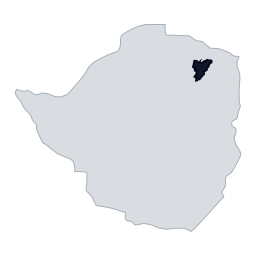 Shamva, Mashonaland Central, Zimbabwe (highlighted)
{"feature_id": "62879985B93379184763454", "entity_name": "Shamva", "entity_type": "district", "adm_level": 2, "iso_a3": "ZWE", "parent_name": "Zimbabwe", "parent_adm1": "Mashonaland Central", "projection": "mercator", "projection_center": [31.712, -17.164], "detail": "fine", "context": "in_parent", "style": "filled", "palette": "ink", "viewbox_px": 256, "rotation_deg": 0, "n_neighbors": 0, "source": "geoboundaries", "source_scale": "gbopen_adm2", "svg_char_len": 5081}
<svg xmlns="http://www.w3.org/2000/svg" viewBox="0 0 256 256"><path d="M190.9,231.5L188.3,229.8L184.7,228.6L180.1,228.1L174.2,228.3L166.9,229.3L159.1,228.1L150.8,224.7L143.9,223.5L135.6,225.0L135.2,225.0L133.8,223.9L131.5,221.5L127.8,221.0L126.7,220.5L125.9,219.6L125.3,218.4L125.1,217.1L125.7,213.1L125.4,212.6L124.4,212.2L122.3,211.7L117.4,209.9L111.1,208.1L101.0,206.2L97.0,205.7L96.1,205.1L95.0,203.6L93.0,199.0L91.2,196.0L86.8,191.3L86.1,189.9L86.4,186.2L86.7,183.2L87.2,180.6L86.9,178.3L86.9,175.3L87.0,173.3L86.4,172.5L84.8,171.9L80.3,171.6L74.9,171.7L74.7,168.7L74.2,164.1L73.2,161.5L71.9,160.1L69.4,158.6L64.4,156.7L57.5,153.7L51.6,149.2L44.8,143.7L42.7,142.8L40.2,137.6L36.4,128.8L36.6,125.8L36.1,124.4L32.4,120.0L31.6,117.8L30.9,115.5L25.0,109.2L23.0,106.4L21.5,102.9L20.0,100.1L18.7,98.9L17.1,97.0L15.9,94.8L15.4,93.2L15.8,91.0L16.4,89.5L22.0,91.0L25.0,91.2L27.4,90.4L30.3,91.4L33.9,94.3L37.7,94.8L41.9,93.0L47.5,93.6L54.5,96.4L60.4,97.0L67.4,94.5L73.6,87.5L79.4,80.9L85.2,73.3L88.7,67.2L93.8,62.2L100.5,58.4L107.3,55.2L117.7,51.2L119.8,48.0L120.5,44.4L120.5,39.5L121.1,36.3L122.1,34.8L123.9,33.7L126.1,32.2L133.0,28.5L138.8,26.1L145.8,24.5L153.5,24.5L160.9,24.5L165.1,24.5L165.1,29.2L165.5,34.5L166.3,35.0L171.8,35.2L180.8,35.5L189.4,35.9L194.9,39.8L196.7,40.6L202.5,41.6L209.8,48.1L218.5,48.7L224.6,50.7L229.9,53.0L233.0,55.6L235.0,56.2L237.6,56.4L238.9,56.7L238.6,58.6L236.9,61.9L237.1,66.5L239.6,73.0L239.9,78.6L239.1,88.6L239.2,98.3L239.4,101.7L239.8,104.0L240.3,105.3L240.2,106.7L238.8,110.7L237.6,115.0L237.6,116.7L237.1,118.0L236.2,119.0L232.4,121.0L231.7,122.2L231.8,124.4L232.2,126.3L233.7,127.0L235.4,128.1L236.1,129.5L236.1,130.9L235.6,133.7L234.0,138.2L235.5,143.4L237.3,146.7L239.7,150.7L240.6,153.1L240.6,154.8L240.2,156.5L236.7,163.7L234.1,168.1L231.0,172.9L226.8,175.9L225.8,177.3L225.3,179.0L225.5,182.6L225.3,186.3L221.7,192.1L223.9,197.1L223.4,197.5L222.2,198.3L217.1,203.9L212.0,209.6L208.2,213.7L203.9,218.5L199.1,223.8L195.0,228.3L190.9,231.5Z" fill="#d9dde1" stroke="#a8b0b8" stroke-width="1"/><path d="M197.3,80.5L197.3,80.4L197.4,80.2L197.6,80.1L197.8,80.0L197.8,79.7L198.0,79.6L198.3,79.6L198.5,79.5L198.9,79.5L198.9,79.3L199.0,79.3L199.3,79.3L199.5,79.3L199.5,79.1L199.8,79.1L200.0,78.9L200.2,78.7L200.3,78.6L200.6,78.5L200.5,78.3L200.4,78.2L200.6,77.8L200.7,77.7L200.9,77.5L201.0,77.3L201.1,77.1L201.3,77.1L201.5,76.8L201.6,76.7L201.8,76.6L202.0,76.6L202.3,76.4L202.4,76.2L202.5,76.0L202.5,75.9L202.6,75.7L202.8,75.6L202.9,75.4L203.0,75.3L203.3,75.1L203.4,74.9L203.5,74.9L203.9,74.5L204.1,74.3L204.3,74.1L204.4,73.8L204.3,73.6L204.2,73.5L204.2,73.4L204.2,73.2L204.1,72.9L204.0,72.5L203.9,72.4L203.6,72.1L203.5,71.9L203.6,71.7L203.8,71.4L204.0,71.3L204.3,71.4L204.5,71.4L204.6,71.1L204.8,71.0L205.1,71.0L205.3,71.0L205.4,70.8L205.7,70.8L205.7,70.7L205.8,70.6L206.0,70.5L206.6,70.2L206.9,70.1L207.0,70.0L207.1,69.9L206.9,69.7L206.7,69.6L206.7,69.4L206.7,69.1L206.8,69.0L207.1,68.5L207.2,68.4L207.3,68.2L207.2,67.9L207.3,67.9L207.7,67.5L207.8,67.5L208.1,67.3L208.2,67.2L208.3,67.1L208.5,67.0L208.9,66.6L208.9,66.4L208.8,66.1L208.7,66.0L208.4,66.0L208.4,65.9L208.5,65.7L208.4,65.5L208.5,65.4L208.8,65.4L209.0,65.4L209.0,65.2L209.0,64.8L209.0,64.7L208.9,64.6L209.0,64.5L209.2,64.4L209.3,64.3L209.5,64.3L209.6,64.2L209.8,64.1L209.9,63.7L209.9,63.4L210.1,63.0L210.2,62.9L210.4,62.8L210.6,63.0L210.9,63.0L211.1,62.9L211.3,62.8L211.4,62.7L211.5,62.7L211.6,62.4L211.8,62.1L211.7,61.9L211.6,61.7L211.6,61.2L211.6,60.8L211.7,60.6L211.5,60.4L211.4,60.5L211.3,60.4L211.2,60.4L210.9,60.4L210.7,60.5L210.5,60.4L210.4,60.3L210.1,60.3L209.9,60.2L209.4,60.2L209.2,60.1L208.9,60.1L208.7,60.2L208.4,60.2L208.2,60.1L207.8,59.9L207.8,60.0L207.7,60.1L207.4,60.0L206.9,60.3L206.7,60.4L206.5,60.2L206.4,60.1L206.2,60.4L206.0,60.5L205.9,60.6L205.7,60.7L205.6,60.8L205.4,60.8L205.2,61.2L205.1,60.9L204.9,60.9L204.8,61.0L204.6,61.0L204.6,60.9L204.4,60.9L204.4,61.0L204.4,61.3L204.3,61.5L204.2,61.7L204.0,61.8L203.9,61.8L203.7,61.7L203.7,61.8L203.4,61.9L203.3,62.0L203.2,61.9L203.1,62.0L202.9,62.1L202.9,62.3L202.7,62.3L202.6,62.5L202.4,62.7L202.2,62.5L201.9,62.6L201.7,62.7L201.4,62.7L201.2,62.7L200.5,63.0L199.7,62.6L200.3,61.0L199.0,62.1L198.5,62.8L198.0,62.3L198.0,62.2L197.8,61.9L197.7,61.9L197.0,60.8L194.2,60.6L193.3,64.8L193.5,65.6L192.7,66.5L192.6,66.8L192.7,67.0L192.8,67.0L193.0,67.2L193.1,67.3L193.3,67.2L193.4,67.3L193.4,67.2L193.4,67.3L193.5,67.3L193.6,67.2L193.9,67.3L193.9,67.2L194.0,67.3L194.3,67.3L194.3,67.5L194.6,67.7L194.6,67.8L194.7,67.7L194.7,67.8L194.8,67.8L194.8,68.0L195.0,68.0L194.4,69.1L195.3,69.5L194.8,70.8L196.3,70.7L196.3,71.6L196.9,71.6L196.9,72.9L196.9,73.2L196.9,73.6L196.6,73.6L196.3,73.7L196.2,73.6L196.1,74.0L195.9,75.2L195.1,75.3L194.4,76.9L194.5,76.9L194.5,77.0L194.8,77.1L194.8,76.9L194.8,76.7L195.0,76.6L195.0,76.4L195.0,76.2L194.9,76.2L195.0,76.1L195.3,76.1L195.5,76.2L195.8,76.2L196.0,76.3L196.2,76.2L196.3,76.7L195.6,76.9L195.8,77.6L196.4,77.5L196.5,77.7L196.1,77.9L196.2,78.2L196.0,78.5L195.9,78.9L196.3,79.1L196.1,79.8L195.9,80.4L195.8,80.8L197.0,80.6L197.3,80.5Z" fill="#0f172a" stroke="#020617" stroke-width="1.5"/></svg>